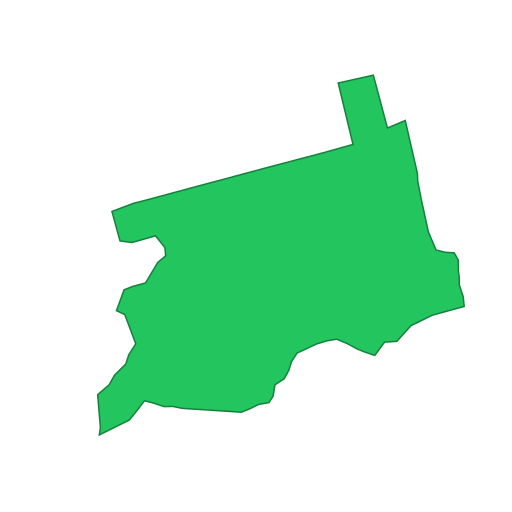 Brochier, Rio Grande do Sul, Brazil (orthographic projection), rotated 76°
{"feature_id": "56859067B84298385031191", "entity_name": "Brochier", "entity_type": "district", "adm_level": 2, "iso_a3": "BRA", "parent_name": "Brazil", "parent_adm1": "Rio Grande do Sul", "projection": "orthographic", "projection_center": [-51.611, -29.544], "detail": "fine", "context": "isolated", "style": "filled", "palette": "green", "viewbox_px": 512, "rotation_deg": 76, "n_neighbors": 0, "source": "geoboundaries", "source_scale": "gbopen_adm2", "svg_char_len": 1039}
<svg xmlns="http://www.w3.org/2000/svg" viewBox="0 0 512 512"><g transform="rotate(76 256 256)"><path d="M326.2,64.0L318.6,63.1L309.0,60.7L300.9,62.9L298.2,71.4L293.8,79.8L274.5,82.9L242.9,82.0L222.6,81.0L215.0,79.4L187.1,78.9L160.6,78.4L163.6,97.5L108.9,98.4L108.0,134.4L171.2,134.9L172.1,166.7L172.9,224.9L174.2,299.2L175.2,351.7L175.2,361.9L177.9,385.0L208.5,384.3L212.9,373.2L212.1,348.6L225.8,342.4L233.9,343.6L238.5,352.9L255.4,369.7L255.7,383.3L256.9,392.2L275.3,404.6L281.1,397.5L312.1,393.9L320.9,403.2L329.3,408.5L337.4,422.1L345.4,429.6L352.3,443.2L384.8,448.5L391.7,451.3L384.5,418.5L376.3,407.7L369.5,399.3L373.8,391.2L379.9,381.6L381.8,373.2L386.0,364.4L404.0,308.1L402.9,299.7L400.7,289.4L401.4,278.9L396.1,273.3L385.6,268.8L381.9,258.3L374.6,251.6L367.2,247.2L360.1,239.6L358.1,229.1L356.0,218.7L355.5,207.5L356.2,197.9L363.1,188.6L371.1,179.9L375.8,173.2L381.2,164.8L370.7,152.1L372.9,140.0L361.1,122.5L356.1,99.5L355.3,66.2L345.8,64.8L333.1,65.7L326.2,64.0Z" fill="#22c55e" stroke="#15803d" stroke-width="1.5"/></g></svg>